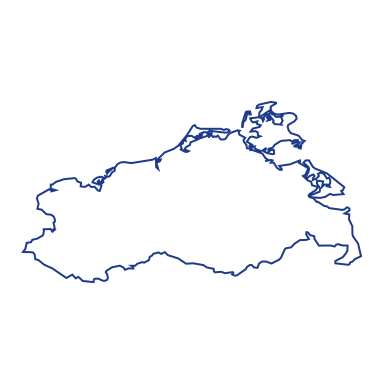 outline of Mecklenburg-Vorpommern
{"feature_id": "DEU-3488", "entity_name": "Mecklenburg-Vorpommern", "entity_type": "State", "adm_level": 1, "iso_a3": "DEU", "parent_name": "Germany", "parent_adm1": "", "projection": "natural_earth1", "projection_center": [12.667, 53.898], "detail": "fine", "context": "isolated", "style": "outline", "palette": "blue", "viewbox_px": 384, "rotation_deg": 0, "n_neighbors": 0, "source": "natural_earth", "source_scale": "10m", "svg_char_len": 6060}
<svg xmlns="http://www.w3.org/2000/svg" viewBox="0 0 384 384"><path d="M349.3,214.4L349.0,219.4L352.3,226.1L352.4,233.9L353.0,236.3L358.1,243.6L361.0,256.2L354.9,259.1L352.5,261.6L350.1,262.5L349.6,264.1L348.3,264.8L335.3,263.3L335.4,261.0L342.9,257.1L346.0,253.2L347.4,250.7L347.6,245.6L341.8,245.4L338.6,244.2L336.4,244.5L334.6,246.5L330.5,245.5L318.9,245.6L314.4,238.8L314.3,236.3L310.1,235.1L307.9,232.4L306.4,232.2L306.2,234.4L308.9,239.0L306.3,239.9L300.0,240.1L294.7,243.6L291.0,247.4L286.2,248.2L284.9,249.1L280.9,257.9L278.7,259.9L271.5,263.5L266.3,261.6L262.1,261.5L259.2,263.4L257.5,267.8L253.9,267.4L251.9,265.1L249.9,265.0L247.0,266.9L246.0,269.0L237.0,275.3L234.7,275.6L232.1,274.5L233.3,272.8L232.7,272.1L225.0,273.2L221.2,271.8L214.9,272.3L213.9,271.4L213.7,268.8L207.0,267.5L203.3,265.1L193.4,263.3L186.1,263.7L178.0,258.3L167.9,255.2L164.9,252.2L161.0,253.9L158.7,252.5L153.4,253.7L152.1,255.5L149.8,256.8L148.8,260.2L144.0,262.7L142.4,262.1L137.4,263.7L135.3,265.7L131.3,265.8L133.1,266.9L133.3,268.5L128.6,268.4L124.9,269.8L123.8,267.8L119.9,265.7L112.0,267.3L106.2,271.0L105.7,272.1L107.1,274.2L107.9,277.7L107.3,279.6L105.5,280.7L103.1,280.8L98.3,278.7L95.4,278.7L94.0,279.2L93.5,282.1L82.8,281.0L78.4,276.9L75.7,278.3L72.3,274.6L66.4,278.0L52.2,268.3L44.1,264.7L38.5,260.1L35.3,259.2L34.6,254.2L32.7,252.3L23.0,251.9L25.3,249.0L26.7,242.9L31.1,242.1L32.3,239.8L37.3,238.6L42.9,235.4L43.9,231.8L43.6,229.3L50.6,229.0L52.4,231.7L54.7,229.7L53.6,229.3L54.7,228.3L53.5,222.6L54.7,221.9L55.0,220.1L53.8,216.6L51.3,214.8L46.2,214.1L41.7,209.7L37.4,208.8L38.6,203.8L36.9,198.3L38.0,195.6L48.9,189.4L50.9,189.8L51.4,191.4L55.7,190.2L51.2,188.8L50.6,188.0L50.8,184.6L52.3,184.6L56.0,181.9L64.0,179.2L74.8,178.1L76.1,179.0L77.3,181.4L81.0,182.7L80.7,186.4L85.2,186.9L88.8,184.6L91.0,186.9L94.7,186.9L98.1,190.6L99.8,190.9L101.5,185.6L101.1,183.7L103.4,182.3L102.9,179.9L105.9,177.6L105.3,176.0L108.3,176.8L110.1,175.7L111.7,172.7L114.7,170.7L114.8,167.7L117.7,164.0L120.5,162.5L124.0,162.1L131.4,163.1L152.5,159.7L155.9,158.1L156.2,167.2L158.2,169.0L156.5,163.6L157.4,162.3L160.0,161.2L160.7,159.6L157.0,160.4L157.7,159.3L164.6,152.5L173.7,148.9L178.4,145.6L187.0,135.1L192.6,126.3L195.4,124.6L194.8,125.3L196.7,127.6L200.5,128.8L220.7,128.8L224.0,130.0L226.0,129.1L228.6,129.6L229.7,130.9L227.5,132.4L225.2,132.7L209.6,130.8L207.5,132.4L203.4,132.1L202.0,133.9L201.5,133.1L199.7,133.9L200.2,135.3L201.5,135.6L200.8,136.3L197.2,135.7L194.8,137.8L191.6,135.8L187.0,136.1L185.2,139.1L185.7,140.9L183.3,140.1L182.7,140.9L183.2,142.3L182.8,143.6L180.2,144.9L181.8,148.6L180.8,149.5L184.6,151.6L186.8,152.0L188.7,151.1L184.5,149.5L185.9,147.2L190.0,144.9L190.5,142.4L197.8,139.4L196.0,138.6L196.0,137.8L199.0,137.8L199.0,137.0L200.6,138.1L208.1,135.6L207.5,133.9L208.4,133.4L211.7,133.1L211.7,133.9L209.5,135.1L208.7,137.8L210.5,134.7L213.2,137.1L214.2,136.3L216.2,136.9L217.8,135.6L220.6,139.4L223.8,139.5L225.7,138.6L228.2,134.7L230.4,133.0L237.5,130.3L239.7,130.8L238.6,131.7L239.2,134.5L245.2,137.8L243.5,140.1L243.9,141.8L246.4,144.9L246.9,148.3L251.8,148.7L251.8,149.5L249.4,150.2L252.3,150.0L262.3,153.5L265.3,158.0L267.7,159.6L265.3,161.2L270.8,159.9L272.5,160.4L270.7,162.7L273.8,162.7L276.7,167.6L279.7,169.8L281.7,169.8L281.7,169.0L279.3,165.9L290.2,164.3L299.9,160.4L300.1,161.5L298.7,162.0L298.7,162.7L308.4,168.3L305.4,174.9L303.0,176.0L307.6,180.3L311.2,181.8L312.1,185.3L317.3,186.7L317.4,187.8L315.9,190.1L309.5,194.1L308.6,195.6L309.4,197.0L313.5,198.3L316.8,202.0L317.8,201.8L324.3,206.0L327.3,206.5L329.1,208.1L342.3,209.9L344.8,209.3L346.6,207.4L348.0,207.6L349.3,208.5L349.5,210.4L344.7,213.5L349.3,214.4ZM298.5,135.6L302.4,140.3L304.6,140.9L301.4,144.1L300.8,148.5L297.9,147.9L299.8,147.6L299.8,145.6L296.9,146.7L294.4,146.4L294.4,145.6L297.7,144.5L299.8,142.4L295.2,142.6L291.4,144.0L297.9,140.9L297.9,140.1L294.3,140.1L292.2,141.6L289.8,140.1L281.0,140.9L274.7,144.8L272.7,147.7L268.6,148.8L268.3,151.9L269.5,151.1L268.9,150.2L273.7,149.9L274.2,153.7L272.8,154.2L267.5,153.2L264.3,151.6L266.4,147.9L264.0,149.5L264.6,150.2L260.5,151.0L255.3,148.8L254.4,147.8L254.9,146.4L250.0,147.1L249.4,146.3L249.9,145.5L252.4,145.6L252.4,144.9L246.9,141.7L249.9,137.2L252.1,136.5L256.5,137.8L260.3,136.3L257.9,135.4L257.8,132.4L255.4,131.1L250.6,131.6L252.8,128.6L259.6,126.9L260.8,125.3L257.3,124.1L256.6,123.1L257.3,121.4L253.1,122.4L251.4,121.1L250.7,118.7L249.3,118.4L259.6,117.2L262.2,118.8L263.0,121.1L264.0,119.3L263.3,117.6L266.2,115.0L269.3,113.6L266.9,117.6L268.8,118.4L267.5,120.6L270.6,119.7L271.1,118.4L268.8,117.6L270.0,116.0L273.6,120.5L273.0,122.2L274.8,124.1L281.5,124.6L280.9,123.8L282.7,120.6L280.9,116.8L282.7,116.0L282.7,115.3L279.7,116.8L275.7,116.8L274.1,114.8L272.0,114.3L269.3,110.6L260.8,116.4L259.1,116.0L259.4,112.5L261.8,109.7L262.6,107.1L256.5,108.0L257.1,105.9L259.1,104.6L271.2,101.9L276.0,102.8L276.0,103.5L271.2,106.2L270.5,107.8L271.5,111.4L274.2,113.6L277.9,114.6L289.4,112.9L293.3,113.6L296.0,115.8L296.6,118.7L294.3,121.4L288.4,124.8L287.6,126.5L288.7,130.4L290.7,133.1L298.5,135.6ZM344.3,187.2L342.8,190.3L341.2,190.9L343.5,194.1L333.4,195.0L329.9,193.9L325.3,196.9L320.2,197.9L311.5,197.3L309.8,195.6L319.6,191.7L320.2,188.4L316.9,183.6L317.1,180.7L323.1,181.4L322.0,186.9L324.5,184.6L328.1,184.6L326.9,186.2L329.9,186.9L329.2,185.5L330.3,182.7L330.1,179.6L328.9,177.7L326.8,178.4L323.9,173.8L320.7,172.6L318.0,173.8L318.9,176.0L315.9,179.0L312.8,179.9L312.9,178.4L314.5,176.0L313.4,174.5L309.8,175.9L307.3,178.1L305.5,177.6L308.6,171.6L309.1,168.7L308.3,166.9L303.5,162.7L305.7,160.4L309.0,160.4L312.7,166.7L315.0,168.5L327.0,173.4L344.3,187.2ZM92.5,182.3L93.9,179.7L97.1,177.6L100.8,176.7L103.4,177.6L99.8,184.6L98.7,184.6L99.3,181.8L98.9,180.5L97.7,181.5L98.0,183.0L96.7,183.9L92.5,182.3ZM249.3,112.1L247.2,113.5L245.7,119.9L243.3,122.2L242.7,126.9L242.1,126.9L242.4,122.7L245.7,112.4L246.3,111.6L250.0,111.4L250.5,113.3L249.9,112.9L249.9,114.5L249.3,114.5L249.3,112.1ZM106.2,171.6L106.7,170.5L114.0,167.4L108.3,171.9L107.1,173.7L106.2,171.6Z" fill="none" stroke="#1e3a8a" stroke-width="2"/></svg>